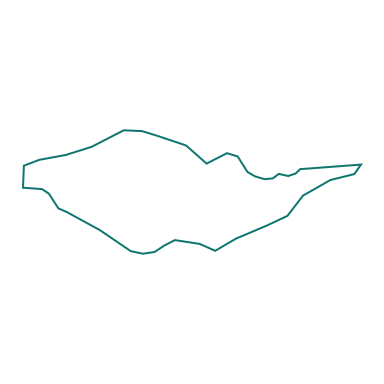 outline of Gomba
{"feature_id": "UGA-5600", "entity_name": "Gomba", "entity_type": "District", "adm_level": 1, "iso_a3": "UGA", "parent_name": "Uganda", "parent_adm1": "", "projection": "albers", "projection_center": [31.74, 0.19], "detail": "fine", "context": "isolated", "style": "outline", "palette": "teal", "viewbox_px": 384, "rotation_deg": 0, "n_neighbors": 0, "source": "natural_earth", "source_scale": "10m", "svg_char_len": 609}
<svg xmlns="http://www.w3.org/2000/svg" viewBox="0 0 384 384"><path d="M227.0,153.2L237.7,156.5L247.5,172.0L255.1,176.4L264.7,179.2L272.8,178.4L278.8,173.9L288.2,176.0L295.7,173.5L300.2,169.1L309.0,168.5L361.0,164.6L354.3,174.1L330.4,180.0L303.0,195.6L287.5,215.8L267.2,225.4L236.2,238.5L215.2,250.8L199.7,243.9L174.9,240.1L164.2,245.6L154.6,252.0L142.9,253.7L130.7,251.1L99.8,230.1L66.9,212.1L58.4,208.4L48.9,193.7L42.0,189.1L23.0,187.7L23.9,165.7L39.4,159.8L65.7,155.0L91.9,146.7L123.7,130.3L142.0,131.1L157.5,135.9L186.1,145.5L206.6,163.6L227.0,153.2Z" fill="none" stroke="#0f766e" stroke-width="2"/></svg>